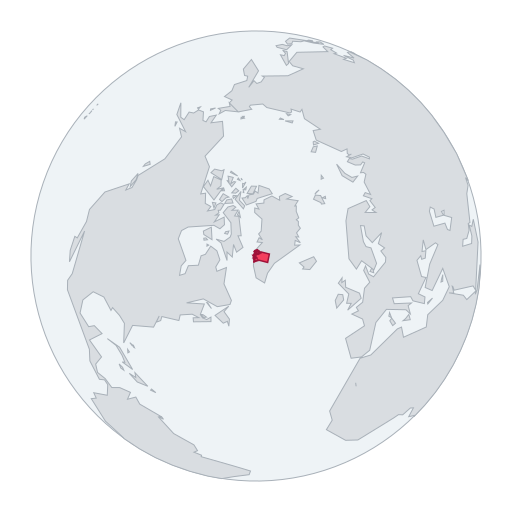 Qeqqata Kommunia highlighted on a globe, orthographic projection, rotated 19°
{"feature_id": "GRL-2741", "entity_name": "Qeqqata Kommunia", "entity_type": "state/province", "adm_level": 1, "iso_a3": "GRL", "parent_name": "Greenland", "parent_adm1": "", "projection": "orthographic", "projection_center": [-52.028, 66.171], "detail": "fine", "context": "on_globe", "style": "filled", "palette": "rose", "viewbox_px": 512, "rotation_deg": 19, "n_neighbors": 0, "source": "natural_earth", "source_scale": "10m", "svg_char_len": 14570}
<svg xmlns="http://www.w3.org/2000/svg" viewBox="0 0 512 512"><g transform="rotate(19 256 256)"><circle cx="256" cy="256" r="225" fill="#eef3f6" stroke="#a8b0b8"/><path d="M190.4,471.5L190.0,471.1L184.5,468.6L167.4,461.2L146.7,444.5L151.2,442.4L147.1,438.1L160.7,436.1L157.7,425.9L153.1,422.4L148.1,423.6L133.1,409.3L128.8,398.4L88.7,349.3L85.8,340.3L88.0,332.5L85.8,288.2L81.5,322.2L78.5,311.1L78.3,296.4L81.1,297.1L84.5,278.6L83.4,266.2L92.3,244.7L112.6,229.1L111.4,236.0L116.4,231.7L118.3,222.9L118.3,218.2L138.2,193.8L146.8,167.6L142.1,160.1L149.0,161.4L135.1,148.0L135.1,135.6L139.7,149.3L143.7,150.5L145.9,141.7L150.5,141.1L154.2,136.6L159.4,136.8L161.7,145.1L165.1,145.4L166.5,139.3L172.6,135.7L170.1,144.7L180.5,139.6L186.3,153.2L175.3,178.2L182.9,186.7L183.5,215.3L187.9,213.0L190.9,222.8L197.2,223.9L195.5,229.2L201.9,225.5L202.3,220.5L205.2,217.3L208.9,217.6L207.4,224.3L205.4,225.1L206.9,227.2L204.5,230.5L207.8,229.0L205.5,237.3L213.2,229.6L216.0,236.7L213.0,242.0L206.2,240.7L182.4,250.7L177.3,256.2L176.9,265.0L191.2,283.0L188.5,289.7L190.0,299.2L194.7,295.8L195.2,287.2L204.5,283.5L204.0,273.7L207.6,270.9L210.0,261.4L217.3,263.8L223.1,271.4L221.5,279.5L224.0,283.2L231.8,276.5L234.8,292.8L247.2,306.0L247.2,310.3L235.9,316.5L220.2,313.7L205.6,322.9L222.8,318.2L222.4,329.5L225.6,331.9L230.1,332.1L233.3,328.4L234.8,332.7L218.3,338.6L216.7,334.9L222.0,332.9L214.6,331.8L203.5,336.4L204.1,342.1L186.7,343.9L186.9,348.1L183.3,351.0L184.0,344.2L182.3,356.6L161.9,361.8L159.2,381.3L153.5,362.5L146.3,356.6L137.2,351.5L136.6,354.7L125.5,344.3L113.7,342.8L106.6,353.9L108.2,367.2L120.8,377.3L125.8,374.5L135.7,379.5L125.9,389.6L142.8,401.7L139.6,410.4L144.1,417.7L153.3,421.0L162.5,427.3L170.0,424.8L181.7,425.8L181.1,433.3L188.3,428.5L194.3,433.9L218.1,438.6L216.1,439.9L236.0,450.7L258.8,454.8L264.1,459.1L261.2,461.7L269.4,462.1L269.5,463.6L303.0,461.8L320.8,461.1L320.7,465.0L306.7,471.9L296.2,477.6L282.2,479.8L263.7,481.1L245.1,481.0L226.6,479.4L208.3,476.2L190.4,471.5ZM48.9,180.5L50.8,178.3L48.9,182.6L48.9,180.5ZM52.5,174.9L51.7,176.1L52.5,174.7L52.5,174.9ZM53.4,172.6L52.7,174.3L53.3,172.5L53.4,172.6ZM54.4,169.7L53.9,171.2L54.4,169.7ZM156.8,386.7L176.3,403.5L164.0,399.7L166.6,399.2L161.9,393.7L152.8,386.1L142.3,382.5L156.8,386.7ZM56.6,164.8L57.2,163.5L56.9,164.7L56.6,164.8ZM168.3,381.2L164.9,379.0L168.4,380.4L168.3,381.2ZM117.6,216.3L117.8,222.9L114.5,231.2L113.7,225.7L117.6,216.3ZM124.7,201.1L126.1,203.8L120.3,207.9L121.3,205.0L124.7,201.1ZM137.8,155.0L137.1,159.8L136.2,155.4L137.8,155.0ZM153.7,136.0L152.5,134.9L154.9,133.1L153.7,136.0ZM205.8,260.7L207.8,261.1L206.4,262.7L205.8,260.7ZM204.9,256.4L201.7,258.0L200.8,256.2L202.8,255.2L204.9,256.4ZM165.2,131.7L169.6,129.2L165.5,133.1L165.2,131.7ZM209.1,254.9L199.7,252.7L198.1,249.6L204.4,243.3L209.1,254.9ZM172.3,128.7L182.8,123.0L180.9,119.9L192.3,125.5L179.6,128.4L174.9,133.6L175.3,129.7L172.3,128.7ZM200.8,218.9L200.6,224.2L197.3,219.5L200.8,218.9ZM198.0,216.7L183.7,207.5L185.9,200.0L190.2,204.5L190.2,194.7L198.3,195.5L200.1,201.1L197.1,205.7L202.5,202.5L198.0,216.7ZM196.8,129.7L199.7,129.7L197.1,131.3L196.8,129.7ZM206.1,215.7L203.1,214.4L204.7,207.8L211.2,209.1L208.6,210.8L206.1,215.7ZM186.3,191.9L188.6,187.3L195.8,186.6L197.7,184.8L198.7,194.9L186.3,191.9ZM210.1,212.5L214.4,210.0L217.0,213.4L209.3,216.5L210.1,212.5ZM202.4,205.5L203.5,202.5L205.0,204.6L202.4,205.5ZM228.7,224.5L225.0,223.0L225.5,219.3L228.7,224.5ZM215.9,208.9L214.9,207.7L214.7,206.1L218.0,205.3L215.9,208.9ZM203.7,193.8L206.2,194.6L203.6,189.6L208.9,189.1L208.6,196.0L210.9,192.8L212.6,192.6L210.5,198.5L203.7,193.8ZM220.8,199.8L222.2,208.7L229.0,212.2L228.7,215.5L217.8,209.2L220.8,199.8ZM214.9,198.5L218.5,200.0L216.3,203.2L212.5,204.2L214.9,198.5ZM212.6,186.3L204.6,185.3L204.9,183.9L212.6,186.3ZM223.2,200.2L222.8,198.1L223.9,200.0L223.2,200.2ZM216.3,189.8L213.5,189.6L213.9,188.0L216.3,189.8ZM224.4,194.0L224.8,196.8L222.3,197.5L224.4,194.0ZM221.1,191.6L222.4,189.3L221.1,196.1L219.7,191.7L221.1,191.6ZM217.3,188.3L216.6,187.2L218.4,188.6L217.3,188.3ZM233.8,189.9L232.8,198.2L227.2,199.7L228.9,191.4L233.8,189.9ZM376.6,65.8L379.7,68.1L393.5,77.9L412.3,93.8L431.8,115.1L432.2,115.7L428.6,113.7L433.5,120.1L435.0,128.4L447.4,154.7L446.1,156.2L449.1,162.3L449.6,170.8L446.4,172.8L448.2,179.5L455.8,174.0L453.6,166.8L447.5,157.3L450.4,157.8L449.5,150.5L461.4,170.5L474.8,216.8L471.0,213.6L454.5,223.8L452.1,220.8L451.8,220.7L451.3,220.6L455.1,226.7L450.5,228.0L464.8,225.6L469.5,228.6L475.1,217.7L475.8,220.8L476.1,216.1L470.6,191.2L471.7,193.4L477.4,214.1L479.8,230.2L481.1,246.4L481.2,262.7L480.1,278.9L477.9,295.0L474.5,310.9L470.0,326.5L464.3,341.8L457.6,356.6L458.3,354.8L452.7,358.2L454.3,348.3L451.4,349.5L446.4,358.4L442.4,359.6L438.8,364.4L412.2,396.8L400.7,401.1L379.1,397.3L381.5,386.4L376.1,378.6L387.7,318.8L396.8,312.2L413.4,278.9L416.7,275.8L421.9,284.8L440.1,267.7L437.5,255.6L447.0,237.1L448.7,222.1L436.6,206.9L433.8,231.3L426.2,230.7L422.9,207.0L424.3,186.0L421.4,185.1L414.6,194.6L408.9,186.3L411.5,197.7L414.9,195.7L416.7,202.9L413.7,205.2L411.7,202.1L409.6,207.7L419.2,221.5L423.7,221.0L421.8,238.8L429.1,239.7L430.7,246.2L419.0,247.3L415.5,244.1L398.7,251.2L402.2,256.1L418.3,249.8L416.0,253.4L420.8,260.5L415.3,258.0L396.7,264.0L391.0,279.9L394.2,308.1L388.6,317.1L379.2,321.7L367.5,304.7L381.3,286.7L377.3,280.9L365.5,279.7L370.7,274.5L367.6,271.9L371.9,265.0L369.1,251.1L372.1,243.8L362.5,234.6L362.8,229.7L368.4,236.4L373.9,237.4L380.4,219.6L379.2,215.1L372.4,210.6L375.0,206.5L367.7,204.5L367.2,193.0L361.6,205.5L353.5,201.1L348.5,192.3L344.9,193.2L352.9,207.5L357.0,211.3L362.1,210.9L372.4,223.7L372.0,230.7L357.4,226.1L355.2,235.7L344.8,228.4L329.6,193.5L327.6,181.2L342.2,167.7L347.6,172.3L345.0,179.3L355.3,175.8L350.7,174.6L352.9,171.3L345.7,166.6L346.9,164.1L337.9,164.1L338.6,160.5L344.3,160.5L334.2,150.9L333.3,142.9L330.5,142.0L327.7,143.3L328.4,132.5L326.3,132.3L325.2,135.8L320.2,137.7L311.7,137.1L312.5,133.4L315.6,133.1L323.3,127.1L331.6,127.2L331.0,125.6L324.0,124.7L314.6,132.0L309.3,132.7L313.0,128.5L311.3,130.1L308.9,129.3L307.2,125.1L302.7,129.4L275.2,126.8L269.2,118.8L275.6,115.2L257.1,110.4L251.7,102.4L250.8,105.5L241.3,105.7L242.8,108.2L241.6,109.7L217.9,112.1L212.9,110.1L201.6,115.2L201.1,116.9L204.2,118.7L192.3,125.5L180.9,119.9L182.6,116.3L174.3,115.5L179.4,107.6L179.8,100.9L190.2,93.1L189.6,88.7L186.4,89.0L183.2,83.4L187.7,71.7L198.1,80.1L194.2,98.9L197.0,90.9L200.6,92.6L204.2,89.7L205.8,84.3L203.4,83.8L227.5,75.2L239.8,63.6L228.8,64.2L224.0,61.3L228.3,50.1L257.3,39.4L251.3,36.5L252.4,35.1L260.8,34.6L259.5,36.6L266.1,37.9L264.0,39.3L277.1,39.6L274.8,41.6L286.1,41.2L284.2,39.1L273.5,37.8L284.3,36.9L276.2,33.8L277.7,32.5L297.1,34.5L313.8,38.3L330.3,43.3L346.3,49.6L361.8,57.1L376.6,65.8ZM391.5,343.4L393.0,346.4L393.0,346.5L391.5,343.4ZM431.1,168.7L428.5,155.9L420.6,156.3L418.9,151.5L416.8,153.5L420.0,156.4L413.5,160.9L409.1,153.6L404.8,153.0L405.4,157.3L414.5,169.9L423.9,163.4L428.4,168.6L431.1,168.7ZM218.9,438.6L221.7,440.5L217.8,439.9L218.9,438.6ZM161.7,402.6L166.1,404.7L168.2,407.0L164.7,406.0L161.7,402.6ZM200.5,415.8L205.8,417.8L200.0,417.2L200.5,415.8ZM179.5,405.7L196.1,414.4L184.8,413.8L174.4,408.2L181.9,410.0L179.5,405.7ZM165.0,386.0L167.6,387.9L166.4,389.3L165.0,386.0ZM171.0,382.3L169.8,382.0L168.8,379.9L171.0,382.3ZM223.4,329.1L224.8,328.7L229.1,329.9L226.5,331.2L223.4,329.1ZM251.4,324.3L253.2,331.2L250.2,327.1L246.9,330.2L236.6,325.5L246.6,312.3L243.9,319.0L251.4,324.3ZM225.5,315.9L231.0,320.2L224.6,316.1L225.5,315.9ZM346.2,265.4L350.6,264.3L353.2,269.0L349.3,279.0L345.4,272.3L346.2,265.4ZM356.1,261.7L342.7,254.9L344.5,248.6L345.8,253.2L348.3,249.8L351.0,256.4L365.9,257.4L369.2,261.7L360.3,277.4L361.4,269.8L357.1,271.2L356.1,261.7ZM305.0,250.8L299.2,248.4L310.8,237.9L314.9,241.3L311.3,251.3L304.3,253.1L305.0,250.8ZM222.0,244.6L219.0,244.9L219.4,242.9L222.3,241.2L222.0,244.6ZM226.9,224.1L235.4,241.7L232.4,242.8L240.9,252.1L236.4,258.7L231.0,252.4L233.9,264.7L227.3,261.7L230.1,269.7L218.7,255.0L212.8,253.0L221.0,252.6L225.4,246.5L225.5,243.3L221.4,232.7L210.9,225.7L213.5,218.8L218.1,215.7L221.0,216.4L218.4,220.6L224.2,218.4L222.7,225.1L226.9,224.1ZM270.8,188.0L266.5,192.1L277.8,190.0L276.4,196.1L277.8,195.5L279.5,200.7L284.0,206.0L282.3,208.6L284.8,209.5L286.0,213.1L288.9,215.3L286.8,220.9L290.2,224.1L287.3,224.9L293.6,229.0L288.0,228.5L289.0,233.2L293.9,231.3L275.8,256.9L272.5,268.5L272.9,278.7L263.2,276.6L256.7,266.0L253.0,251.9L257.6,241.2L252.4,242.4L253.0,237.7L256.8,238.7L251.3,234.3L252.8,230.8L249.6,219.1L240.6,215.3L239.2,211.0L243.5,210.7L239.1,206.7L246.2,203.4L245.3,200.3L251.5,194.1L260.3,195.6L258.7,192.1L263.3,187.4L270.8,188.0ZM235.8,188.3L246.6,188.3L251.1,191.8L238.4,201.2L238.2,204.4L230.3,210.9L223.9,205.8L226.8,204.4L228.1,201.8L229.6,204.4L229.4,200.5L233.3,198.5L234.2,194.9L237.4,195.9L235.8,188.3ZM416.1,269.3L417.8,266.5L419.5,261.5L422.6,266.0L416.1,269.3ZM403.6,273.7L404.6,270.6L409.8,274.2L407.9,277.3L403.6,273.7ZM400.7,266.0L404.2,270.2L401.2,269.7L400.7,266.0ZM368.8,233.5L369.3,230.1L371.1,230.6L372.8,233.5L368.8,233.5ZM304.0,184.1L300.9,185.6L300.0,184.4L291.9,183.6L292.3,179.1L297.4,177.8L304.0,184.1ZM438.7,212.8L440.8,219.1L439.4,220.4L439.0,218.0L438.7,212.8ZM433.3,244.1L436.6,238.3L434.1,245.4L433.3,244.1ZM303.2,179.1L299.8,179.3L302.1,177.0L303.2,179.1ZM292.3,175.8L294.2,172.9L291.5,178.5L292.3,175.8ZM284.0,32.5L279.0,32.0L280.0,32.0L284.0,32.5ZM302.3,142.9L313.1,148.9L321.1,150.5L326.1,147.3L323.6,154.6L311.3,152.0L302.3,142.9ZM278.5,129.1L274.2,132.3L272.9,129.5L273.8,128.4L278.5,129.1ZM278.1,132.0L278.6,138.6L274.2,139.5L274.6,134.1L278.1,132.0ZM291.4,158.4L294.5,160.4L292.6,162.2L291.4,158.4ZM239.3,34.1L239.9,34.9L234.4,35.5L235.5,34.7L239.3,34.1ZM216.8,39.0L233.1,36.0L246.2,34.4L242.8,34.1L246.9,32.7L251.3,33.8L241.1,35.9L231.4,36.9L228.7,38.8L220.8,41.0L220.7,43.6L216.8,45.4L214.0,43.4L216.8,39.0ZM221.0,44.8L217.8,51.0L208.0,51.8L206.5,50.6L212.1,47.3L216.9,47.1L221.0,44.8ZM214.2,52.8L218.9,52.7L224.1,63.4L222.7,65.9L213.6,57.8L217.5,57.3L217.9,54.7L214.2,52.8ZM199.5,127.7L199.7,129.5L197.7,128.4L199.5,127.7ZM242.7,111.1L240.8,113.0L238.5,111.5L242.7,111.1ZM234.1,117.6L238.0,117.9L233.6,119.1L234.1,117.6ZM246.9,118.4L239.5,118.8L247.0,116.2L246.9,118.4Z" fill="#d9dde1" stroke="#a8b0b8" stroke-width="1"/><path d="M256.0,262.2L255.9,262.3L255.8,262.1L256.0,262.1L255.8,262.0L255.8,261.9L255.8,261.7L256.0,261.6L256.2,261.4L256.3,261.3L256.6,261.2L256.8,261.1L257.0,260.8L257.3,260.5L257.1,260.6L256.7,260.9L256.5,261.0L256.6,260.9L256.6,260.7L256.8,260.6L256.6,260.5L256.5,260.8L256.4,260.8L256.4,261.0L256.5,261.1L256.4,261.2L256.1,261.3L255.9,261.4L256.1,261.2L256.0,260.9L255.9,260.9L256.0,261.1L255.7,261.4L255.8,261.1L255.7,261.1L255.7,260.9L255.9,260.8L256.0,260.7L255.9,260.7L255.7,260.5L255.8,260.4L255.6,260.3L255.6,260.2L255.8,260.2L255.7,259.9L256.0,259.4L255.8,259.7L255.6,259.8L255.5,259.7L255.7,259.4L255.5,259.5L255.5,259.4L255.4,259.5L255.3,259.8L255.2,259.8L255.3,259.5L255.3,259.4L255.2,259.5L255.1,259.4L255.4,259.0L255.7,258.9L255.8,258.8L256.1,258.7L256.3,258.5L256.4,258.3L256.5,258.3L256.2,258.2L256.6,257.8L256.9,257.7L257.7,257.6L258.1,257.9L258.4,257.8L258.0,257.8L258.2,257.7L257.9,257.7L257.6,257.5L257.3,257.5L256.9,257.6L256.2,258.0L256.1,258.3L255.9,258.6L255.7,258.8L255.4,258.9L255.2,259.1L255.2,258.9L255.3,258.6L255.1,258.7L255.3,258.1L254.9,258.6L254.7,258.4L254.8,258.3L255.0,258.2L254.7,258.2L254.8,258.2L255.2,257.9L254.8,258.1L255.0,257.8L254.9,257.8L254.9,257.6L254.9,257.4L254.8,257.8L254.7,257.9L254.4,258.0L254.0,257.9L254.2,257.7L254.4,257.7L254.7,257.4L254.3,257.6L254.0,257.6L254.4,257.4L254.4,257.2L254.6,257.1L254.9,256.9L255.1,257.1L255.5,257.2L255.6,257.3L255.7,257.2L255.7,256.9L256.1,256.7L256.5,256.9L256.3,256.6L256.5,256.4L255.7,256.7L255.6,257.0L255.2,257.0L255.1,256.8L255.2,256.7L254.9,256.8L254.8,256.7L254.8,256.9L254.1,257.2L254.6,256.6L254.0,256.9L253.9,256.9L253.7,256.7L253.8,256.6L254.3,256.6L253.9,256.6L254.0,256.5L253.8,256.6L253.7,256.5L253.8,256.3L254.5,256.0L254.9,255.6L254.9,255.4L255.5,254.9L256.1,254.8L256.1,254.7L256.2,254.1L256.6,253.9L256.9,253.9L257.0,253.5L257.2,253.3L257.4,253.4L257.4,253.2L257.8,253.4L258.1,253.3L258.6,253.4L258.1,253.2L257.9,253.3L257.6,253.1L258.1,252.7L258.7,252.7L258.9,252.8L259.1,252.8L258.8,252.7L258.7,252.7L258.4,252.7L258.1,252.7L258.3,252.5L258.7,252.4L258.2,252.5L257.7,252.8L257.4,253.0L256.8,253.4L256.5,253.8L256.1,254.1L255.8,254.6L254.9,255.3L254.6,255.7L254.4,255.9L253.9,256.2L253.7,256.2L253.4,256.1L253.7,256.0L253.4,256.1L253.5,255.9L253.6,255.7L254.3,255.5L254.0,255.5L253.6,255.7L253.4,255.6L253.5,255.4L253.4,255.3L253.4,255.2L253.5,255.0L253.6,254.8L253.5,255.0L253.5,254.8L253.6,254.7L253.9,254.5L254.1,254.6L253.9,254.6L254.2,254.7L254.6,254.5L255.3,254.6L254.8,254.4L254.1,254.5L253.8,254.4L254.0,254.2L253.7,254.2L253.8,254.2L254.1,253.9L254.4,254.0L254.9,253.9L255.0,253.9L255.1,253.7L254.8,253.7L254.5,253.9L254.3,253.8L254.2,253.7L254.8,253.7L255.0,253.5L255.0,253.4L254.8,253.5L254.7,253.4L254.3,253.6L254.4,253.4L254.5,253.3L255.3,253.3L255.6,253.5L255.7,253.3L255.3,253.2L255.6,253.1L255.3,253.1L255.3,252.9L255.1,253.1L254.8,253.2L254.7,253.1L254.4,253.1L253.5,253.1L253.4,253.0L253.5,252.9L253.3,252.9L253.2,252.8L253.9,252.7L254.0,252.8L254.2,252.7L253.6,252.7L253.3,252.6L253.2,252.4L253.4,252.4L253.6,252.4L253.9,252.3L253.7,252.4L253.0,252.4L253.1,252.2L253.9,251.9L253.6,251.8L253.8,251.8L254.4,251.7L254.5,251.6L255.2,251.5L255.3,251.5L255.4,251.4L255.8,251.3L256.0,251.4L256.7,251.4L256.9,251.5L256.9,251.8L257.1,252.2L257.3,252.2L257.8,252.0L258.1,252.0L258.5,252.0L258.4,251.9L257.8,251.9L257.4,252.2L257.0,251.8L256.9,251.4L257.2,251.2L257.4,251.1L256.1,251.3L255.8,251.1L254.4,251.6L254.2,251.6L254.3,251.4L254.2,251.4L254.0,251.6L253.8,251.6L253.3,251.9L253.2,251.8L253.2,251.7L253.2,251.4L253.3,251.4L253.2,251.3L253.3,251.2L253.6,250.8L254.4,250.4L254.2,250.4L254.7,250.0L254.4,250.1L254.5,250.0L254.7,249.9L254.9,250.0L255.2,249.9L254.8,249.8L255.2,249.7L255.4,249.7L255.9,250.0L255.9,249.9L256.2,250.1L256.9,250.1L257.0,250.1L256.9,250.1L257.0,250.1L257.6,250.4L257.8,250.7L258.0,250.8L258.3,250.8L258.8,250.9L258.7,250.8L258.8,250.8L259.2,250.7L259.4,250.5L259.9,250.5L268.0,249.8L269.1,258.3L259.2,259.1L258.7,259.4L258.2,259.9L257.9,260.0L257.7,259.7L257.8,260.0L257.8,260.3L257.9,260.6L258.0,260.6L257.7,260.8L257.6,261.0L257.4,261.0L256.9,261.1L257.0,261.3L256.8,261.4L256.8,261.5L256.7,261.6L256.5,262.1L256.0,262.2ZM254.1,258.1L254.7,258.0L254.5,258.4L254.4,258.5L254.1,258.4L254.0,258.2L254.1,258.1Z" fill="#f43f5e" stroke="#9f1239" stroke-width="1.5"/></g></svg>